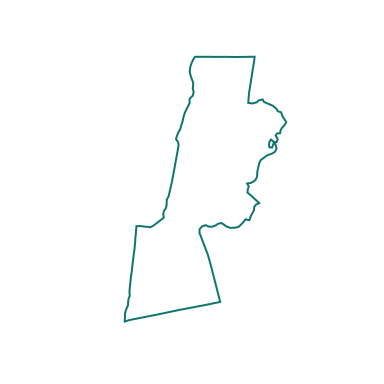 Araranguá, Santa Catarina, Brazil, rotated 141°
{"feature_id": "56859067B76617068555003", "entity_name": "Araranguá", "entity_type": "district", "adm_level": 2, "iso_a3": "BRA", "parent_name": "Brazil", "parent_adm1": "Santa Catarina", "projection": "mercator", "projection_center": [-49.475, -28.946], "detail": "fine", "context": "isolated", "style": "outline", "palette": "teal", "viewbox_px": 384, "rotation_deg": 141, "n_neighbors": 0, "source": "geoboundaries", "source_scale": "gbopen_adm2", "svg_char_len": 2251}
<svg xmlns="http://www.w3.org/2000/svg" viewBox="0 0 384 384"><g transform="rotate(141 192 192)"><path d="M276.2,108.4L273.0,106.7L249.0,93.8L245.1,91.9L241.8,90.1L239.3,88.8L223.8,122.5L219.1,133.4L211.9,155.6L209.5,158.3L205.8,158.9L202.2,157.6L200.8,154.6L198.4,152.5L195.6,151.3L191.8,150.9L188.9,149.6L187.9,147.3L187.0,143.7L184.7,139.9L181.3,137.4L177.8,135.6L174.7,135.8L170.9,136.3L167.6,137.1L165.2,133.9L161.6,136.2L155.4,138.8L152.7,141.4L150.2,141.9L146.8,141.1L147.4,145.5L147.9,148.7L148.4,152.6L149.3,156.6L146.9,159.1L144.4,160.5L143.8,163.9L140.7,162.1L138.1,161.5L134.8,161.5L132.1,162.8L130.0,164.9L128.3,166.8L126.4,168.4L123.8,170.4L121.5,172.1L118.6,173.5L114.7,173.4L111.1,173.3L108.6,172.5L105.6,171.5L102.4,171.0L99.1,172.4L97.5,175.6L96.9,179.3L95.0,177.5L92.2,179.0L91.4,183.3L88.9,183.9L86.6,182.2L84.3,184.2L82.0,185.2L79.7,185.5L77.4,185.9L74.8,187.0L74.4,190.1L74.0,194.1L72.6,197.9L74.5,200.7L74.0,203.7L75.0,208.3L77.2,212.6L79.4,216.7L78.9,219.5L82.6,221.2L85.3,221.0L89.4,222.8L92.2,225.9L85.1,233.3L65.3,251.1L61.9,254.1L58.2,257.7L73.2,269.5L79.9,275.1L104.6,295.2L106.9,294.5L110.6,292.8L114.9,290.1L118.4,286.5L120.4,282.0L121.4,278.8L122.4,276.0L124.4,273.8L126.4,271.8L127.7,268.8L130.6,266.4L133.1,266.2L135.5,265.8L137.7,262.7L140.1,261.6L143.3,260.2L147.4,258.3L150.0,256.6L152.3,255.0L154.8,252.9L158.3,250.6L161.6,248.2L164.2,247.3L168.1,245.3L171.2,243.1L171.4,239.6L172.8,237.0L176.1,234.0L185.6,225.9L190.1,222.0L199.7,213.8L204.9,209.6L207.9,207.3L212.8,203.4L216.3,202.0L218.5,199.5L220.4,197.4L222.7,195.8L225.8,194.9L228.3,192.9L230.0,189.8L242.6,190.1L246.5,190.8L248.4,192.8L250.9,195.2L253.4,197.9L256.7,200.4L259.2,197.8L261.5,195.4L263.3,193.5L265.4,191.5L267.6,188.9L269.8,186.7L273.0,183.4L276.4,180.3L279.6,177.2L282.6,174.4L285.1,171.8L287.8,169.2L290.0,167.1L292.5,164.8L295.4,161.9L297.4,159.9L299.4,157.9L301.3,156.1L304.1,152.9L305.7,150.4L308.0,149.3L310.6,147.0L312.9,144.3L315.9,142.8L318.4,141.3L320.4,139.8L322.1,137.8L323.9,135.8L325.8,133.7L321.8,132.1L319.2,130.8L316.5,129.4L312.0,127.0L293.8,117.4L283.8,112.3L276.2,108.4ZM96.9,179.3L99.3,177.6L101.9,176.2L103.7,178.1L102.3,180.5L100.0,182.4L97.6,183.0L96.9,179.3Z" fill="none" stroke="#0f766e" stroke-width="2"/></g></svg>